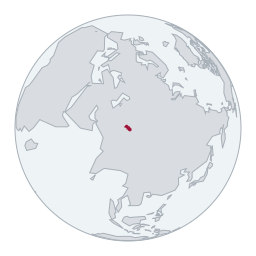 the Earth from above Tadzhikistan Territories, rotated 55°
{"feature_id": "TJK-368", "entity_name": "Tadzhikistan Territories", "entity_type": "Region", "adm_level": 1, "iso_a3": "TJK", "parent_name": "Tajikistan", "parent_adm1": "", "projection": "orthographic", "projection_center": [69.993, 38.757], "detail": "fine", "context": "on_globe", "style": "filled", "palette": "rose", "viewbox_px": 256, "rotation_deg": 55, "n_neighbors": 0, "source": "natural_earth", "source_scale": "10m", "svg_char_len": 11842}
<svg xmlns="http://www.w3.org/2000/svg" viewBox="0 0 256 256"><g transform="rotate(55 128 128)"><circle cx="128" cy="128" r="113" fill="#eef3f6" stroke="#a8b0b8"/><path d="M146.9,17.0L147.3,17.0L149.3,17.4L152.3,19.4L161.1,23.9L166.4,25.6L163.2,25.2L175.1,29.0L181.6,32.9L172.7,28.4L170.6,28.0L174.1,30.4L172.7,30.5L173.6,31.8L171.6,31.8L166.6,29.5L165.2,29.5L167.8,31.3L167.4,32.6L163.8,30.0L162.7,32.1L154.2,29.3L146.1,23.3L139.7,22.8L127.1,19.8L126.7,20.5L121.6,20.2L119.2,21.1L117.6,20.5L117.1,21.7L119.0,22.1L119.5,22.8L118.2,23.4L115.9,22.7L116.2,22.3L114.9,22.4L114.2,21.9L113.8,22.5L111.2,21.8L111.9,23.4L108.3,23.7L107.0,23.0L109.6,21.8L113.1,18.2L112.6,17.7L109.4,17.8L98.0,20.3L96.5,20.3L92.6,21.3L92.3,21.7L95.3,21.1L93.7,22.3L97.5,21.7L97.5,22.2L100.3,22.4L97.2,23.8L92.7,25.2L90.1,25.2L88.0,25.9L88.3,27.2L81.5,28.8L73.3,33.0L71.9,33.4L72.8,31.5L78.3,27.8L79.6,26.4L76.0,28.9L72.4,30.4L70.7,31.4L69.3,32.4L69.6,32.5L67.8,33.5L70.6,31.1L72.3,30.2L71.4,30.9L73.9,29.3L75.4,28.4L82.8,24.8L90.4,21.8L98.2,19.4L106.2,17.5L114.3,16.2L122.4,15.5L130.6,15.4L138.8,15.9L146.9,17.0ZM149.4,17.4L150.4,17.6L147.5,17.1L147.4,17.0L149.4,17.4ZM154.2,18.8L152.5,18.4L152.9,18.3L153.8,18.6L154.2,18.8ZM170.6,27.0L168.5,25.8L171.0,26.9L170.6,27.0ZM174.1,32.0L175.1,32.4L175.2,32.9L174.1,32.0ZM101.9,21.7L101.1,22.0L101.0,21.8L101.9,21.7ZM103.8,21.5L104.2,21.0L105.2,20.8L104.9,21.1L103.8,21.5ZM172.1,33.5L171.8,34.4L171.2,33.1L172.1,33.5ZM103.1,22.2L106.8,20.6L108.6,20.4L109.1,21.5L103.1,22.2ZM171.1,34.7L170.5,37.3L172.8,38.2L166.0,37.4L168.8,35.3L167.7,33.4L169.5,34.6L171.1,34.7ZM120.2,21.9L118.0,21.6L121.0,21.4L120.2,21.9ZM122.0,21.7L130.4,20.5L132.9,21.5L129.6,21.6L133.8,22.7L130.9,23.7L128.0,23.4L126.9,22.4L126.6,23.6L122.0,21.7ZM162.3,36.6L161.5,37.0L161.4,36.2L162.3,36.6ZM119.9,23.0L121.3,22.6L123.6,23.4L121.1,24.4L121.2,23.8L119.9,23.0ZM136.3,22.5L137.6,23.4L135.6,24.5L135.8,25.0L131.1,23.8L136.3,22.5ZM120.0,24.0L119.8,24.9L117.5,25.1L118.6,23.5L120.0,24.0ZM125.3,23.3L126.3,23.8L124.9,23.8L125.3,23.3ZM109.5,26.8L111.2,26.1L112.6,26.4L109.5,26.8ZM119.8,25.3L120.6,25.2L121.3,25.3L120.7,26.0L119.8,25.3ZM130.0,24.7L128.9,25.0L131.9,25.2L130.5,26.2L127.5,25.3L128.2,26.1L127.8,26.4L125.9,25.3L130.0,24.7ZM122.3,27.1L118.1,26.5L114.6,27.6L113.3,27.3L119.1,25.6L122.3,27.1ZM124.6,26.1L122.8,26.6L122.1,25.9L122.8,25.1L124.6,26.1ZM130.6,27.2L133.5,26.0L134.0,26.2L130.6,27.2ZM121.4,27.5L122.4,27.7L121.2,27.7L121.4,27.5ZM127.9,27.4L128.9,26.9L129.5,27.2L127.9,27.4ZM123.7,28.5L122.4,28.2L122.8,27.7L123.7,28.5ZM125.8,28.1L126.4,28.6L123.8,27.6L126.1,27.8L125.8,28.1ZM128.3,27.8L129.0,27.8L127.9,28.0L128.3,27.8ZM122.8,31.0L119.5,29.8L120.4,28.4L123.6,29.7L122.8,31.0ZM17.3,127.6L19.2,108.5L21.2,105.2L23.6,98.7L39.3,90.6L40.3,95.1L50.1,102.3L50.9,104.4L47.2,108.8L52.5,122.1L57.2,119.7L64.5,128.6L70.9,131.6L77.7,122.6L67.1,117.4L67.8,111.4L78.2,111.3L87.8,116.2L88.4,114.1L84.4,107.1L88.8,104.6L83.3,104.4L83.9,107.2L80.5,107.3L79.7,104.8L81.3,103.9L79.0,101.7L72.2,107.0L72.1,110.3L64.8,107.7L63.9,113.2L61.2,114.2L61.6,105.4L63.2,103.1L62.2,92.0L59.8,94.2L60.6,104.9L59.4,103.2L56.3,106.7L57.7,102.8L57.5,90.9L52.3,88.2L42.0,92.9L39.8,90.9L39.6,86.2L47.1,77.6L51.2,83.1L54.0,80.6L56.3,74.4L57.4,76.8L58.8,75.1L60.7,77.0L66.6,75.5L69.0,77.1L74.3,72.5L76.2,72.9L72.5,75.4L71.2,78.2L77.6,82.7L79.7,82.4L82.6,79.2L84.0,81.0L86.0,77.4L91.2,78.5L86.6,74.2L90.0,70.7L94.7,69.5L95.0,67.6L87.3,69.7L84.9,71.3L84.2,73.9L77.1,78.1L74.3,77.5L78.6,70.4L75.1,69.0L80.0,64.5L97.9,60.9L103.8,61.8L107.1,70.5L104.0,72.2L101.2,69.8L101.0,75.2L102.3,73.2L103.5,74.9L107.0,72.3L107.9,73.4L109.6,69.3L111.2,70.3L110.1,72.9L116.6,70.5L120.7,72.1L121.7,71.1L121.6,69.5L126.9,72.8L127.4,71.9L125.9,70.5L125.9,67.8L128.0,64.6L129.7,65.9L129.2,67.2L130.7,72.2L129.0,75.9L129.9,76.1L131.8,73.3L129.9,67.1L130.7,64.8L132.0,67.5L131.6,66.3L132.5,65.6L135.0,66.2L133.8,63.2L141.5,54.6L147.2,55.2L147.5,58.3L154.7,54.6L160.5,56.2L159.1,54.8L161.6,52.4L159.8,51.8L159.3,51.0L164.9,45.4L167.6,45.3L168.4,41.9L167.6,41.2L165.7,41.1L166.0,37.4L172.8,38.2L174.1,39.6L177.4,39.4L180.0,42.8L183.6,45.7L184.4,49.8L187.2,52.0L188.2,51.7L192.8,54.7L198.8,62.2L189.6,57.3L179.8,47.5L183.4,51.4L181.3,51.0L181.8,52.8L184.4,55.7L185.6,55.7L183.2,63.8L187.0,73.4L189.9,70.9L193.4,72.3L200.3,82.6L201.1,100.9L205.7,104.1L207.1,107.2L205.5,110.5L203.4,106.1L200.4,105.8L199.4,103.0L196.2,107.3L194.7,103.5L192.9,109.0L195.4,111.4L198.8,108.8L197.9,115.5L203.4,118.9L205.9,125.0L202.6,139.2L196.5,145.7L196.5,147.8L193.2,146.7L190.1,152.1L197.5,160.6L197.7,163.7L192.1,171.9L191.8,169.7L183.0,167.0L182.3,174.6L189.0,178.4L191.4,184.3L186.6,183.9L184.1,178.7L181.0,177.6L181.1,171.2L177.2,162.4L172.4,165.6L172.1,161.6L165.9,154.5L158.6,158.6L147.4,170.7L147.0,180.5L142.7,185.1L134.7,171.5L132.8,161.6L128.9,162.6L121.6,153.8L105.9,151.8L104.6,148.9L101.4,149.7L96.4,146.1L94.9,141.2L91.4,140.7L95.9,153.4L99.7,154.0L104.2,150.3L104.6,154.5L109.6,158.9L100.7,167.1L78.9,170.4L78.5,162.6L70.5,137.4L71.6,135.3L71.7,135.0L71.7,134.4L69.3,137.7L68.4,132.8L70.9,149.8L70.6,156.3L78.6,170.7L77.5,171.5L80.5,174.7L92.3,175.0L92.1,177.3L85.5,186.6L70.5,195.5L73.5,204.7L74.0,211.1L66.9,211.9L69.7,216.9L66.3,216.6L67.6,218.9L66.1,219.7L62.8,219.0L54.9,213.5L52.7,211.2L46.1,204.2L36.1,188.6L36.3,184.5L34.8,179.3L29.3,163.7L30.4,158.3L29.4,154.2L27.0,152.2L26.0,147.3L24.7,145.5L18.2,136.0L17.3,127.6ZM31.3,97.8L30.2,99.5L31.3,97.8ZM96.3,126.7L103.2,128.9L103.0,121.5L105.6,121.8L104.6,119.3L102.9,121.0L100.9,114.2L104.9,113.1L105.5,110.0L103.3,109.2L96.3,112.4L99.2,121.9L96.4,124.2L96.3,126.7ZM72.2,30.5L72.0,30.8L70.3,31.8L70.6,31.5L72.2,30.5ZM66.0,36.2L63.2,37.7L65.4,36.3L65.2,36.0L69.7,32.8L71.3,33.5L69.8,33.6L66.0,36.2ZM76.0,29.1L73.0,30.8L76.2,29.0L76.0,29.1ZM65.1,64.6L64.7,66.6L62.5,67.9L59.4,66.5L62.7,64.5L65.1,64.6ZM64.7,69.1L69.8,62.9L71.9,63.7L69.9,64.3L70.7,65.4L67.7,66.7L64.6,73.9L62.4,75.6L58.1,71.7L60.7,71.9L60.9,69.8L64.7,69.1ZM79.4,47.8L81.6,45.8L83.2,50.2L80.9,51.6L77.7,50.1L78.6,47.6L79.4,47.8ZM103.3,24.7L104.1,24.1L104.8,24.2L104.6,24.8L103.3,24.7ZM110.2,26.4L100.7,27.6L101.1,26.9L95.0,28.7L93.7,27.7L97.7,26.5L92.1,27.3L95.2,25.8L91.3,26.6L100.2,23.9L102.8,22.8L100.5,24.4L101.6,25.3L102.9,25.4L108.3,24.9L114.3,23.2L116.4,24.1L116.3,25.2L115.1,25.7L114.1,24.9L113.4,26.2L111.0,25.5L110.2,26.4ZM113.7,40.7L113.0,39.0L111.1,42.6L108.8,41.4L108.7,41.9L106.0,41.9L102.6,42.8L102.0,42.1L100.9,42.8L99.1,42.9L97.5,43.7L95.7,42.6L93.6,43.5L93.9,42.5L90.7,44.4L92.3,42.6L90.1,42.7L89.7,44.4L84.0,38.2L80.4,37.4L76.5,37.9L79.7,35.0L85.4,32.9L91.8,31.8L94.8,33.1L95.7,31.7L97.5,32.0L96.0,32.9L99.3,31.6L100.3,32.2L106.0,32.0L110.0,30.0L112.2,30.0L111.1,31.1L114.1,30.4L113.5,32.4L115.1,32.5L116.1,34.7L113.1,36.8L115.1,36.8L116.0,38.7L113.7,40.7ZM123.0,31.6L120.0,34.2L117.2,34.9L116.6,30.7L115.3,30.4L114.8,28.0L118.8,27.2L118.5,27.9L119.3,28.4L117.7,28.4L119.5,28.8L119.2,29.9L120.5,30.4L119.2,31.1L123.0,31.6ZM53.3,103.6L54.2,104.7L56.0,105.8L54.0,108.2L53.3,103.6ZM53.0,95.6L54.0,96.0L52.1,99.6L51.2,98.5L53.0,95.6ZM56.2,93.4L54.2,95.8L54.8,93.9L56.2,93.4ZM73.7,75.7L75.0,76.1L74.5,77.0L73.0,77.8L73.7,75.7ZM107.5,52.2L107.5,50.8L108.3,50.7L110.6,48.0L112.5,48.8L111.9,50.7L107.5,52.2ZM75.0,123.5L72.2,124.5L71.6,123.1L72.7,123.0L75.0,123.5ZM61.9,116.3L64.1,119.3L61.3,116.9L61.9,116.3ZM109.9,52.6L110.6,51.4L111.2,52.6L109.9,52.6ZM114.0,49.3L114.8,50.4L112.9,48.6L114.0,49.3ZM126.6,240.5L128.4,240.6L126.4,240.6L126.6,240.5ZM91.7,215.2L88.3,223.9L83.3,222.6L81.0,219.4L81.4,213.6L86.7,213.3L88.9,210.8L91.7,215.2ZM211.8,188.2L213.9,187.1L213.8,187.5L211.8,188.2ZM209.6,188.4L212.2,186.9L209.0,189.5L209.6,188.4ZM213.2,186.3L215.8,183.9L217.0,182.5L216.7,183.4L213.2,186.3ZM207.8,189.5L197.1,194.7L192.7,195.6L194.0,193.7L201.1,191.0L207.8,189.5ZM193.6,193.8L186.6,192.4L175.9,183.1L179.8,182.3L190.7,186.4L190.1,187.9L194.3,189.6L193.6,193.8ZM209.8,178.7L209.0,182.9L203.3,185.6L200.7,186.3L198.8,182.2L199.9,179.2L202.1,178.2L210.0,165.0L212.9,165.6L210.7,170.8L213.0,172.9L209.8,178.7ZM147.6,181.4L150.6,186.7L148.1,187.9L147.6,181.4ZM212.4,156.8L209.7,162.6L212.0,155.6L212.4,156.8ZM213.4,150.6L213.9,152.6L212.3,151.3L213.4,150.6ZM197.1,150.8L194.7,152.3L194.3,150.8L197.1,148.0L197.1,150.8ZM207.7,130.2L208.9,134.7L208.9,136.5L207.2,134.3L207.7,130.2ZM127.2,59.5L121.9,62.1L119.4,65.0L120.0,67.8L116.9,65.1L120.8,60.7L127.2,59.5ZM139.6,55.0L139.1,52.7L140.8,53.1L141.1,53.7L139.6,55.0ZM138.2,54.0L134.8,52.4L135.5,50.8L138.1,52.4L138.2,54.0ZM122.2,52.1L120.6,52.8L120.2,51.8L122.2,52.1ZM210.7,204.4L196.5,217.1L193.9,218.6L196.3,216.4L197.4,212.7L198.5,212.2L200.0,208.7L210.3,199.5L218.2,188.1L221.9,185.1L225.9,177.0L229.1,173.6L227.0,179.0L229.0,177.5L233.6,165.1L232.2,170.8L228.9,178.1L225.1,185.2L220.7,191.9L216.0,198.3L210.7,204.4ZM217.1,184.9L220.3,179.9L221.8,178.5L217.1,184.9ZM237.0,154.1L237.3,155.3L236.4,158.0L235.7,158.0L234.1,163.0L231.0,167.4L232.1,164.6L231.9,162.6L228.1,166.2L227.3,165.4L228.9,162.6L226.0,164.1L229.2,160.1L230.3,162.4L232.0,157.6L234.4,154.9L236.3,152.6L237.4,152.3L237.0,154.1ZM228.8,168.0L229.3,167.4L228.7,169.0L228.8,168.0ZM239.6,143.6L239.7,142.6L239.6,143.6ZM237.8,151.0L239.1,144.7L239.3,144.0L238.3,149.5L237.8,151.0ZM239.0,143.6L239.4,142.5L239.5,143.3L239.4,144.1L239.0,143.6ZM222.3,171.1L222.1,172.3L221.2,172.2L222.3,171.1ZM223.6,169.5L226.1,168.2L223.3,170.6L223.6,169.5ZM214.5,172.8L215.4,174.6L218.4,171.0L216.1,174.8L217.9,177.3L217.1,179.2L215.4,176.4L214.4,181.2L213.1,181.9L212.6,178.7L214.1,173.2L215.4,170.5L220.5,166.0L214.5,172.8ZM223.6,166.6L222.9,164.4L223.4,162.1L224.2,162.9L223.6,166.6ZM220.3,159.3L217.8,157.5L216.0,160.1L219.4,152.6L221.2,155.6L220.3,159.3ZM217.7,153.1L215.9,155.6L217.5,151.5L217.7,153.1ZM215.3,154.8L214.7,152.5L216.3,151.8L215.3,154.8ZM218.6,152.5L218.3,148.2L219.4,150.1L218.6,152.5ZM213.1,147.4L217.0,149.3L212.6,150.4L210.7,142.5L212.5,141.1L213.1,147.4ZM212.5,107.5L211.1,105.4L212.2,103.7L212.9,105.6L212.5,107.5ZM214.7,96.9L212.1,102.6L209.8,107.4L211.3,107.7L212.2,112.3L209.1,109.8L209.5,103.5L211.5,100.6L210.3,96.9L210.9,93.1L208.4,89.3L208.1,86.8L211.0,89.5L214.7,96.9ZM207.2,87.8L203.0,80.6L205.9,79.3L207.4,80.6L208.1,84.4L206.6,84.8L207.2,87.8ZM202.8,78.5L201.3,78.9L191.9,70.8L190.6,68.9L199.3,74.0L198.3,74.7L200.1,77.0L202.8,78.5ZM162.6,37.6L161.6,37.0L162.8,37.1L162.6,37.6ZM158.3,50.8L157.8,49.7L159.2,49.7L158.3,50.8ZM157.3,46.6L156.0,47.4L156.6,46.0L157.3,46.6ZM153.3,49.3L155.1,47.5L154.4,50.1L153.3,49.3Z" fill="#d9dde1" stroke="#a8b0b8" stroke-width="1"/><path d="M130.2,126.3L130.3,126.3L130.3,126.5L130.6,126.6L130.7,126.8L130.7,127.0L130.8,127.0L130.8,126.9L131.0,126.8L131.2,127.0L131.3,127.0L131.4,127.3L131.2,127.4L131.3,127.4L131.2,127.4L131.2,127.5L131.1,127.8L131.1,128.0L130.9,128.0L130.7,128.1L130.4,128.3L130.3,128.5L130.2,128.5L129.9,128.5L129.9,128.4L129.7,128.3L129.6,128.2L129.6,127.9L129.4,127.9L129.3,128.0L129.2,128.0L129.2,127.9L129.0,128.0L128.9,128.0L128.9,128.3L128.7,128.5L128.7,128.4L128.4,128.3L128.3,128.2L128.2,128.2L127.9,128.1L127.7,128.3L127.4,128.5L127.2,128.7L127.1,128.8L127.0,128.7L126.8,128.7L126.7,128.6L126.4,128.7L126.3,128.8L126.2,128.8L125.9,128.8L125.8,129.0L125.7,129.2L125.7,129.3L125.8,129.3L125.7,129.5L125.4,129.7L125.3,129.4L125.4,129.2L125.5,129.1L125.4,129.0L125.3,128.9L125.2,128.8L125.2,128.7L125.0,128.4L125.0,128.2L125.0,127.9L125.2,127.7L125.3,127.7L125.5,127.6L125.8,127.5L125.8,127.4L126.0,127.4L126.3,127.4L126.5,127.4L126.6,127.5L126.6,127.4L126.8,127.3L127.0,127.3L127.0,127.2L127.3,127.2L127.3,127.3L127.5,127.3L127.5,127.2L127.6,126.9L127.7,127.0L127.8,127.0L127.8,126.9L128.0,126.9L128.4,126.8L128.5,126.8L128.7,126.7L128.8,126.7L129.0,126.6L129.1,126.8L129.3,126.7L129.5,126.7L129.8,126.5L130.0,126.4L130.2,126.3ZM126.2,128.3L126.1,128.2L126.1,128.3L126.1,128.5L126.2,128.4L126.3,128.4L126.2,128.4L126.2,128.3Z" fill="#f43f5e" stroke="#9f1239" stroke-width="1.5"/></g></svg>